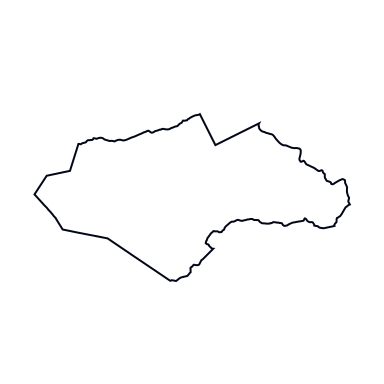 Koas Krala, Batdâmbâng, Cambodia, rotated 244°
{"feature_id": "14789045B77023093134849", "entity_name": "Koas Krala", "entity_type": "district", "adm_level": 2, "iso_a3": "KHM", "parent_name": "Cambodia", "parent_adm1": "Batdâmbâng", "projection": "natural_earth1", "projection_center": [103.147, 12.673], "detail": "fine", "context": "isolated", "style": "outline", "palette": "ink", "viewbox_px": 384, "rotation_deg": 244, "n_neighbors": 0, "source": "geoboundaries", "source_scale": "gbopen_adm2", "svg_char_len": 6148}
<svg xmlns="http://www.w3.org/2000/svg" viewBox="0 0 384 384"><g transform="rotate(244 192 192)"><path d="M121.7,133.6L121.6,135.1L120.8,136.3L119.0,138.6L119.1,139.4L119.6,141.5L119.9,142.9L120.0,144.2L119.8,145.8L119.6,146.4L119.4,147.6L119.1,148.7L118.8,150.1L118.6,151.1L119.5,153.1L120.0,154.1L120.3,155.0L120.5,155.6L123.8,157.1L124.3,157.2L124.5,157.5L124.7,158.0L124.9,159.3L125.1,159.9L125.6,161.0L125.8,161.5L125.8,161.8L125.2,162.7L124.7,163.1L124.0,164.6L123.7,165.3L123.6,166.1L123.8,166.8L124.6,167.9L124.9,168.3L125.8,169.5L126.6,170.6L126.7,171.1L126.8,171.8L126.8,172.1L131.7,186.2L132.0,185.7L132.3,185.4L132.8,185.0L133.1,184.8L133.5,184.7L134.1,184.6L135.3,184.0L136.0,183.8L136.6,183.8L136.9,183.8L137.2,183.9L137.7,183.6L138.0,183.4L138.5,182.6L140.0,181.9L141.5,183.1L141.9,183.6L142.3,184.3L142.7,184.7L143.3,185.2L143.7,185.6L146.6,191.1L146.9,192.5L147.1,193.2L147.5,194.1L147.3,194.5L147.0,194.8L146.7,195.2L145.6,197.4L145.3,197.8L144.8,198.2L144.2,198.6L143.7,199.1L143.6,199.6L143.4,200.2L143.2,200.5L143.1,200.9L143.2,201.3L143.9,202.4L144.0,203.0L144.1,204.2L144.3,204.6L145.3,205.4L145.9,206.4L146.1,206.9L146.5,208.0L147.6,212.2L147.8,212.6L147.9,214.6L147.8,215.1L147.2,216.1L147.0,217.4L147.0,218.2L147.1,219.1L147.1,220.0L147.0,220.6L146.8,221.2L146.5,221.5L146.0,222.0L145.6,222.4L144.9,223.2L144.3,223.9L143.9,225.2L143.8,225.8L143.6,226.7L143.1,228.8L143.1,229.5L142.4,231.3L142.3,232.0L142.0,232.9L141.5,234.0L141.3,234.4L139.6,235.5L139.3,236.3L138.5,237.6L137.8,239.1L137.5,239.4L136.7,239.6L136.2,239.6L134.9,240.1L133.9,240.9L133.4,241.1L132.8,241.9L131.8,243.8L130.8,245.2L130.6,245.8L129.8,247.3L129.7,247.6L129.6,249.1L129.3,249.3L129.2,249.7L129.2,250.1L129.2,250.7L129.3,251.8L128.1,253.9L127.3,254.8L127.0,255.5L126.6,256.2L125.7,257.2L125.3,258.0L124.6,259.0L122.5,259.3L121.4,259.8L121.0,260.3L120.8,260.7L120.5,261.9L120.4,262.3L120.3,262.8L120.2,263.1L120.4,263.9L120.5,264.6L120.5,267.0L120.4,268.4L120.2,269.7L119.6,271.5L119.2,273.3L117.9,277.4L117.4,279.3L117.4,279.7L117.8,280.4L118.7,281.4L118.8,281.9L118.2,282.4L117.5,282.7L116.4,282.8L116.0,282.9L115.6,283.0L114.8,283.3L114.0,283.9L113.2,284.7L112.9,285.3L112.5,286.4L112.0,287.0L111.3,287.3L109.6,287.5L108.9,287.5L108.6,287.4L108.2,287.2L107.6,287.9L107.0,288.8L106.5,289.6L105.6,290.3L104.8,290.6L104.5,290.8L103.8,291.3L103.5,291.8L103.0,292.4L101.9,294.1L101.5,295.2L99.0,305.2L99.7,305.4L100.1,305.5L100.5,306.1L101.0,306.9L101.2,307.7L101.6,308.6L103.4,309.7L104.4,310.2L105.1,310.9L105.0,311.8L105.1,312.4L105.3,313.2L105.3,313.8L105.4,314.7L106.6,316.9L110.1,322.1L110.8,323.2L111.1,324.3L111.1,325.0L111.4,325.7L111.5,326.5L111.6,327.0L111.7,327.7L111.6,328.4L113.9,328.3L114.4,328.3L115.1,328.4L116.2,329.2L117.1,330.1L117.4,330.3L117.9,330.6L118.2,330.5L118.6,330.6L119.5,330.6L120.7,330.6L121.8,330.8L123.4,331.1L123.8,331.2L124.8,331.6L125.5,332.0L126.5,332.4L127.7,333.2L128.1,333.3L129.5,333.6L132.4,333.6L133.0,333.6L134.2,334.1L134.7,334.4L135.4,334.6L136.0,334.4L137.5,333.2L137.7,332.6L137.8,330.5L137.9,329.9L137.8,329.2L137.6,325.8L137.4,323.8L137.2,322.8L137.2,322.3L137.3,321.8L137.5,321.5L137.8,321.1L138.0,320.9L138.6,320.7L139.3,320.9L139.8,320.9L140.3,320.6L141.2,319.9L142.9,318.0L143.2,317.9L144.7,317.9L146.0,317.7L146.5,317.7L147.8,318.2L149.9,319.2L150.5,319.0L151.1,318.5L152.1,318.4L152.5,318.4L153.8,318.6L154.1,318.6L154.4,318.3L154.8,317.9L154.9,316.3L155.1,315.5L155.4,315.1L155.6,314.8L155.9,314.6L160.0,312.4L166.8,306.9L170.0,306.5L170.6,306.3L170.9,306.2L171.2,305.9L171.2,305.3L171.3,303.3L171.5,303.1L171.8,302.9L172.5,302.8L173.0,302.7L173.6,302.7L174.7,303.0L176.7,304.7L177.2,305.1L177.7,305.5L179.2,306.7L180.7,307.4L181.3,307.8L182.5,308.1L183.2,307.9L183.7,307.7L184.0,307.5L184.5,306.7L185.0,306.2L185.8,305.1L186.3,303.8L186.6,303.2L188.0,301.1L188.6,300.6L189.5,299.7L190.0,299.3L190.9,298.5L191.3,298.1L191.8,297.7L192.7,296.9L193.1,296.2L193.4,295.5L194.1,294.5L195.3,293.5L197.6,292.3L198.8,291.9L200.5,291.4L201.7,291.1L202.3,290.9L203.5,290.6L205.2,290.4L206.4,290.1L207.0,290.0L207.6,289.8L208.2,289.5L208.7,289.1L209.2,288.6L209.9,287.7L210.7,286.8L211.2,286.2L211.7,285.8L212.9,284.3L213.5,284.0L215.6,281.8L216.2,281.3L216.7,281.1L217.4,280.8L217.9,280.6L218.5,280.4L219.6,280.3L220.1,280.4L220.7,280.6L221.4,280.8L221.7,280.7L222.4,281.0L223.3,281.4L223.7,281.6L224.3,282.4L223.9,233.6L258.5,233.2L258.4,232.7L258.5,231.7L258.7,231.3L258.8,230.7L259.2,229.5L259.5,228.2L259.6,226.6L259.6,225.1L259.5,222.8L259.4,222.3L259.2,221.7L259.3,221.1L259.3,220.3L259.0,219.6L258.7,219.2L258.7,218.5L259.0,217.9L259.1,217.3L259.3,216.8L259.5,216.2L259.9,215.6L260.1,215.2L259.0,213.4L258.8,212.9L258.7,212.0L258.8,211.5L258.7,210.8L258.2,209.1L257.7,208.2L257.7,207.4L258.2,205.6L258.3,203.4L258.3,202.7L258.6,201.6L258.5,200.9L258.5,200.2L258.4,199.5L258.8,197.8L259.7,196.1L260.7,194.7L261.3,194.0L261.6,193.1L261.8,192.3L261.8,191.9L261.7,191.2L262.1,190.7L262.2,190.0L262.3,189.4L262.3,188.5L262.6,186.7L262.9,185.7L262.6,183.5L262.8,182.2L263.1,181.6L263.5,181.3L264.6,180.6L265.7,180.1L266.3,179.5L266.5,177.9L266.4,176.8L266.6,175.4L266.7,175.0L266.7,173.5L266.7,172.6L266.7,171.8L266.9,169.1L267.0,165.3L267.5,161.0L267.5,159.7L267.6,159.0L267.6,157.3L267.7,156.1L267.9,154.6L268.2,153.4L268.9,152.2L270.3,150.6L270.7,149.9L270.9,149.3L271.2,148.5L271.4,147.1L271.5,146.3L271.4,145.0L271.5,144.4L271.8,144.2L272.9,142.7L273.3,142.0L274.0,140.2L274.8,139.4L275.5,138.6L276.4,137.7L276.7,137.3L277.2,136.7L278.1,136.1L279.3,135.5L279.9,135.0L280.7,133.9L281.2,132.7L281.4,131.8L281.5,131.1L281.6,130.4L281.6,129.7L281.8,129.3L283.1,127.8L283.4,127.3L283.4,126.8L283.0,126.5L282.7,126.0L282.6,125.4L282.6,124.8L283.2,123.8L283.4,122.7L283.9,121.9L284.1,121.3L284.1,120.7L284.0,119.9L283.4,118.8L283.2,118.4L283.3,117.7L283.8,115.4L283.9,114.8L283.7,113.3L283.8,112.7L284.7,111.7L285.0,111.0L264.5,91.6L270.3,68.5L258.9,49.4L245.0,53.4L243.9,53.8L241.1,54.7L238.7,55.2L237.0,55.8L233.5,56.7L232.2,57.0L230.9,57.2L228.3,58.1L228.0,58.0L215.0,59.3L204.7,72.7L187.3,95.8L161.1,110.8L141.7,122.0L123.5,132.5L121.7,133.6Z" fill="none" stroke="#020617" stroke-width="2"/></g></svg>